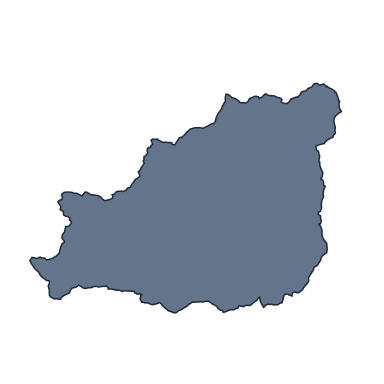 Zlatna, Alba, Romania (orthographic projection), rotated 102°
{"feature_id": "2599482B73731992881180", "entity_name": "Zlatna", "entity_type": "district", "adm_level": 2, "iso_a3": "ROU", "parent_name": "Romania", "parent_adm1": "Alba", "projection": "orthographic", "projection_center": [23.215, 46.13], "detail": "fine", "context": "isolated", "style": "filled", "palette": "slate", "viewbox_px": 384, "rotation_deg": 102, "n_neighbors": 0, "source": "geoboundaries", "source_scale": "gbopen_adm2", "svg_char_len": 5945}
<svg xmlns="http://www.w3.org/2000/svg" viewBox="0 0 384 384"><g transform="rotate(102 192 192)"><path d="M292.7,336.4L295.6,334.2L296.8,332.6L299.1,330.6L301.4,327.2L302.1,325.5L304.8,323.2L306.6,320.8L307.3,318.8L308.8,315.9L308.5,313.8L308.8,312.9L311.5,312.6L313.3,313.1L314.1,313.0L317.0,311.4L322.7,310.0L324.0,308.7L325.2,304.2L324.3,301.9L324.7,300.5L324.2,298.2L322.7,297.9L320.7,296.5L317.8,293.3L316.8,291.5L315.8,290.8L313.3,290.5L311.4,289.7L308.7,285.2L306.8,283.6L306.7,283.3L307.1,282.6L307.2,281.1L308.6,278.3L308.6,276.7L308.2,275.2L307.3,274.1L307.4,273.9L306.6,270.7L305.1,268.8L304.4,266.7L304.2,265.4L304.4,264.0L303.7,262.1L303.8,261.9L302.7,259.4L302.5,257.7L301.8,256.7L302.2,255.4L303.0,254.2L304.5,253.7L303.5,250.7L303.8,249.3L303.5,248.9L303.8,248.0L303.6,247.6L303.8,246.3L303.8,245.7L303.5,245.7L303.5,243.9L303.2,243.6L303.1,242.7L303.9,239.6L303.6,238.9L302.8,238.2L301.4,229.5L301.3,227.9L302.6,227.0L302.8,226.6L302.6,225.7L302.7,225.3L303.4,224.6L303.2,223.8L302.3,222.5L302.6,220.4L303.2,219.9L303.6,220.8L304.6,220.4L307.2,220.6L310.4,218.3L310.0,216.1L310.3,214.9L309.9,213.4L309.9,212.9L309.6,211.4L310.3,209.7L310.5,207.3L309.7,206.0L309.5,204.6L308.4,203.4L308.2,202.3L307.0,201.1L307.1,200.1L308.2,198.2L308.5,198.2L309.3,197.5L309.6,196.2L310.2,195.7L310.6,194.6L311.0,194.4L311.5,193.0L313.0,190.7L313.3,189.6L313.1,188.1L313.6,186.8L313.9,183.6L313.0,182.0L310.7,180.4L310.6,179.8L310.1,179.3L310.1,179.0L309.1,177.7L308.6,177.5L308.6,177.2L306.2,175.0L306.1,174.5L305.4,174.3L305.0,173.3L304.3,172.7L302.7,172.1L302.0,170.8L300.0,169.1L299.4,168.2L299.6,167.3L298.7,165.3L298.6,164.0L297.4,160.0L297.4,158.8L297.0,157.6L296.4,156.8L295.7,154.6L295.7,153.7L295.4,153.3L296.3,150.8L297.3,149.1L297.8,146.4L299.2,143.5L300.5,142.4L301.8,139.5L301.5,138.1L301.8,137.3L303.1,136.6L303.1,135.7L299.3,130.4L298.5,126.6L296.7,124.7L296.1,123.0L293.4,122.5L293.6,120.7L293.3,119.1L293.6,117.9L291.6,115.7L291.0,111.7L290.5,111.0L287.1,108.6L284.8,106.2L282.2,105.2L280.8,103.9L283.6,103.0L286.8,100.9L288.2,99.7L288.4,99.2L290.0,98.1L289.2,97.2L287.3,96.7L287.1,95.8L285.9,94.3L285.8,92.2L285.1,90.5L285.4,89.8L285.3,88.4L285.3,87.6L284.9,86.9L284.7,85.2L284.1,84.2L282.9,83.4L282.2,82.4L281.8,81.0L281.3,80.8L278.1,80.7L277.4,80.4L276.4,81.0L275.4,80.5L273.7,80.3L272.7,79.6L272.0,78.2L271.9,77.3L272.6,75.6L272.6,74.4L273.1,72.7L270.0,72.7L269.5,72.5L268.5,71.1L268.7,67.9L268.3,66.7L265.4,64.0L260.3,62.1L258.8,60.7L257.4,60.4L255.4,59.2L251.5,60.2L242.9,57.0L240.1,57.0L238.6,54.9L237.6,54.1L231.7,51.9L229.5,52.0L228.1,51.5L224.1,48.7L223.5,47.6L219.7,47.9L214.1,49.6L211.2,53.2L207.8,55.7L202.7,56.8L200.9,57.6L197.9,59.9L197.9,60.6L197.1,61.3L196.1,59.7L192.6,59.6L191.7,60.7L188.7,61.2L188.5,61.5L188.5,62.5L187.8,63.2L187.5,64.0L187.1,64.2L185.3,63.7L184.2,62.5L181.2,61.9L175.9,63.1L173.6,63.3L168.9,62.3L167.0,63.3L165.1,63.3L163.1,63.7L158.7,62.9L158.6,63.4L158.1,64.3L157.6,64.7L155.1,65.4L153.7,66.1L152.8,67.3L153.1,68.3L152.6,68.9L151.4,68.7L150.9,68.0L146.3,67.9L140.9,71.7L138.6,72.8L136.4,73.1L136.0,73.7L134.6,74.5L130.4,74.5L128.5,75.9L126.9,76.1L126.0,76.9L125.2,78.6L124.8,79.0L121.7,80.4L121.2,80.3L120.4,78.7L119.1,77.2L118.8,76.1L117.7,74.3L117.2,72.7L115.1,72.0L114.1,71.0L113.6,71.2L112.0,69.1L111.1,68.5L109.1,65.6L107.2,65.4L104.8,64.0L103.7,64.2L102.8,64.8L98.9,65.3L93.9,67.8L90.8,68.3L87.8,67.4L84.0,64.5L82.8,62.9L82.0,62.6L79.9,64.9L75.0,66.7L72.5,66.4L71.9,67.4L71.1,68.1L67.3,69.8L66.5,70.7L64.7,71.7L64.5,72.2L64.6,73.1L63.7,73.3L62.4,76.1L61.7,79.4L60.4,82.0L61.2,82.4L58.8,85.7L60.4,87.7L60.8,90.2L59.7,92.0L60.4,94.6L61.7,95.7L63.3,96.0L65.0,97.4L66.6,100.1L69.4,101.6L70.4,104.1L71.5,105.8L73.4,106.1L77.1,108.2L77.3,109.6L80.7,114.8L81.6,114.8L84.1,116.0L85.9,117.8L86.1,122.0L85.2,123.5L84.6,123.6L83.5,123.2L82.9,123.3L82.4,123.7L81.8,125.0L81.8,126.7L81.3,130.1L80.8,131.7L81.3,133.7L81.2,134.7L81.6,136.2L81.5,138.4L80.6,140.1L81.0,140.9L84.5,143.3L86.7,145.6L85.1,146.8L85.0,149.2L85.6,151.0L86.8,152.4L87.7,154.0L88.9,155.3L91.5,155.9L92.5,156.5L93.9,158.2L93.8,160.5L94.5,161.5L94.5,163.5L93.0,165.6L91.5,169.5L91.5,172.2L89.2,176.2L89.2,179.1L92.3,179.1L96.9,178.3L99.0,179.4L100.0,179.4L101.9,180.3L104.1,180.1L109.5,182.7L113.9,183.8L118.2,183.9L120.9,185.3L121.2,186.8L126.8,193.6L127.5,195.1L127.4,197.4L128.6,202.6L130.8,206.7L134.7,209.7L137.9,211.3L141.1,213.8L140.9,214.8L141.8,215.8L149.7,218.7L149.4,221.3L148.1,221.9L148.0,222.3L148.7,227.0L148.7,228.6L149.6,230.3L148.0,236.4L147.5,236.4L147.9,238.5L148.5,239.5L148.2,240.0L148.3,241.3L149.8,242.8L153.5,240.4L155.1,241.8L157.1,241.9L157.4,243.7L158.5,244.5L159.6,244.7L161.6,244.3L162.9,243.4L163.9,243.7L166.5,245.2L167.3,246.3L169.9,245.9L170.5,245.5L171.1,246.1L172.4,246.0L173.4,244.9L174.2,244.8L178.8,246.8L180.6,247.0L183.6,248.8L185.2,247.4L187.0,246.4L187.7,246.4L189.7,248.0L191.7,250.3L194.8,251.3L196.1,252.1L199.6,253.2L200.7,254.1L201.6,255.9L202.4,256.4L203.5,256.5L204.7,257.9L206.0,260.0L205.7,260.8L206.9,265.1L208.0,266.5L210.3,267.4L211.4,269.6L212.3,268.7L214.7,268.5L216.3,270.7L218.6,275.2L217.9,277.4L216.1,280.0L215.2,282.5L215.1,285.2L215.7,290.2L214.2,294.4L214.1,296.0L214.3,296.6L218.4,298.6L218.6,299.1L217.2,304.5L217.8,306.9L217.3,309.2L218.0,314.4L218.8,315.7L218.7,316.9L220.1,317.8L220.3,318.3L221.4,319.0L222.2,318.9L223.8,317.8L225.6,317.5L226.4,317.7L227.2,319.3L229.1,321.1L230.1,320.5L233.8,317.1L235.8,317.4L236.8,317.2L237.0,316.7L236.8,316.3L238.3,313.6L240.2,313.2L241.3,312.5L242.0,310.2L241.8,308.7L242.5,306.6L243.0,306.2L244.5,306.1L245.0,305.6L245.6,304.3L247.1,303.5L250.8,305.1L251.4,306.2L252.1,308.5L256.9,308.3L261.1,309.9L264.1,309.7L266.6,306.7L267.8,306.5L269.8,308.5L271.8,308.5L272.9,309.1L279.4,309.1L282.5,311.2L285.7,314.5L287.1,316.5L287.1,317.4L287.8,317.9L288.6,320.2L287.2,322.4L287.8,325.1L287.2,327.2L288.6,328.5L289.3,330.7L289.1,334.9L291.0,335.4L292.7,336.4Z" fill="#64748b" stroke="#1e293b" stroke-width="1.5"/></g></svg>